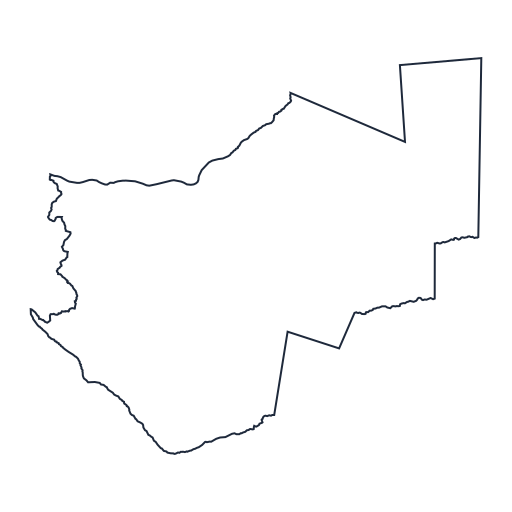 the district of San Carlos, Mendoza, Argentina
{"feature_id": "61730980B94822321270328", "entity_name": "San Carlos", "entity_type": "district", "adm_level": 2, "iso_a3": "ARG", "parent_name": "Argentina", "parent_adm1": "Mendoza", "projection": "albers", "projection_center": [-69.724, -34.081], "detail": "fine", "context": "isolated", "style": "outline", "palette": "slate", "viewbox_px": 512, "rotation_deg": 0, "n_neighbors": 0, "source": "geoboundaries", "source_scale": "gbopen_adm2", "svg_char_len": 5903}
<svg xmlns="http://www.w3.org/2000/svg" viewBox="0 0 512 512"><path d="M481.3,58.1L399.9,65.1L405.0,141.9L290.5,92.9L290.7,93.9L290.1,95.2L290.6,97.2L290.2,98.5L291.1,100.7L290.7,101.6L289.4,102.9L288.3,103.2L287.6,104.4L285.6,105.9L283.7,108.8L283.1,108.8L281.4,109.8L281.5,110.5L280.3,111.5L279.0,111.8L278.1,113.0L277.3,113.1L277.1,114.0L275.7,113.9L275.1,114.2L274.0,115.6L274.2,116.9L273.8,118.5L273.6,120.3L272.0,122.2L270.9,123.2L270.1,123.2L269.0,123.7L266.2,124.2L265.1,125.2L262.8,126.0L260.9,127.9L259.2,128.5L258.0,130.1L256.3,130.8L255.8,131.2L255.5,131.9L253.7,132.6L251.1,134.6L249.7,135.9L248.3,138.2L247.2,139.0L244.0,140.1L241.9,141.6L240.9,142.6L239.3,145.7L237.9,146.9L238.0,147.6L237.7,148.2L235.9,148.8L235.3,150.0L233.8,150.7L232.4,152.5L231.3,153.0L230.1,154.9L228.2,156.2L222.9,158.5L218.3,159.1L212.3,160.6L208.8,162.5L201.7,170.1L199.2,175.3L198.7,176.9L198.4,179.9L197.6,181.9L195.9,183.4L193.7,184.4L190.9,184.8L186.9,184.4L183.9,182.7L181.2,181.6L173.9,180.2L171.6,180.5L156.6,184.2L149.3,185.7L146.5,185.3L142.8,183.7L135.1,181.3L126.0,180.6L122.6,180.7L118.0,181.3L115.3,182.1L113.7,182.9L110.2,182.7L107.2,184.6L105.0,184.5L101.7,183.3L99.1,182.1L96.7,180.5L92.2,179.8L89.3,180.0L82.8,182.1L79.4,182.9L77.2,182.9L69.3,181.6L67.2,180.7L60.7,177.1L57.4,176.2L54.5,175.9L50.3,174.4L50.5,176.0L49.9,176.6L49.8,179.6L50.4,180.0L51.2,179.9L53.4,180.7L53.3,181.2L53.8,182.3L55.1,183.3L56.7,183.9L57.7,186.4L57.6,188.2L58.2,190.5L59.2,190.8L61.1,191.9L61.1,193.0L61.5,194.0L61.2,194.6L60.1,195.7L59.5,195.9L59.1,196.5L56.8,198.7L55.9,201.1L54.0,201.6L52.3,202.8L51.7,204.3L51.7,206.9L51.1,208.0L51.6,209.5L50.9,211.0L49.3,212.5L49.3,214.9L48.0,216.9L48.2,217.5L49.4,219.2L50.1,219.8L51.2,220.0L52.6,221.0L54.0,221.2L54.6,220.8L55.6,218.9L55.7,218.0L56.8,217.2L57.7,216.9L61.8,217.0L61.5,217.7L62.0,219.8L62.5,221.0L64.1,222.7L64.5,224.5L65.3,226.1L65.2,228.7L65.8,229.9L65.8,230.9L70.4,232.2L70.6,233.6L69.6,235.5L66.9,239.0L64.9,240.2L64.0,242.0L63.4,245.1L61.9,246.8L62.9,248.8L63.1,249.9L63.7,250.8L64.7,251.3L67.8,251.9L67.4,253.6L67.3,257.1L66.6,257.5L65.1,259.7L62.5,260.6L60.4,262.3L60.8,263.9L61.5,265.1L61.5,265.9L60.2,266.8L59.7,267.7L57.7,269.0L57.5,270.0L56.8,270.9L57.3,272.1L58.1,272.7L58.1,274.1L60.5,274.3L62.2,276.2L62.3,276.7L64.6,278.1L66.3,279.9L66.9,280.1L67.4,281.2L67.7,281.3L67.1,282.0L67.8,283.0L68.9,283.1L70.0,283.7L71.4,285.5L72.3,285.9L73.4,288.4L75.8,291.2L75.9,291.9L76.4,293.0L76.4,293.9L77.2,295.4L77.2,296.4L76.4,297.5L76.7,298.9L76.1,299.5L76.0,300.8L74.8,301.2L75.0,302.6L75.8,303.6L74.9,307.0L75.0,307.9L74.5,308.2L74.5,308.6L72.1,308.1L70.1,308.8L69.2,309.7L69.0,311.0L68.5,311.5L67.7,311.1L66.9,311.3L65.8,311.1L65.4,311.5L64.8,311.3L64.0,311.6L61.9,311.3L61.1,312.9L60.4,312.9L59.8,313.6L58.6,313.3L58.3,314.2L57.1,314.8L55.2,314.6L53.8,313.8L53.3,314.1L50.6,314.2L49.9,315.6L50.2,320.5L48.8,321.7L47.2,322.7L44.8,321.7L44.4,320.9L43.7,320.6L43.2,320.0L42.7,320.1L40.1,318.8L39.1,318.9L38.6,316.3L37.5,315.6L35.3,312.4L31.6,309.4L30.7,309.2L30.9,314.3L32.8,317.5L33.2,319.1L37.5,325.0L38.9,326.5L39.8,326.7L40.3,327.5L42.1,328.8L42.4,329.5L45.2,331.7L47.5,334.0L48.3,336.2L49.4,337.4L50.3,337.7L51.3,338.8L54.2,339.7L54.7,340.8L55.2,341.3L56.5,341.6L56.6,342.3L58.7,343.2L58.9,344.1L60.5,345.0L61.0,346.1L62.7,347.1L63.0,347.7L65.2,349.5L68.6,351.9L73.0,354.6L75.4,356.6L76.1,356.8L78.0,358.7L78.8,360.5L79.7,361.7L79.8,363.4L80.9,364.6L80.5,365.3L81.5,367.4L81.4,368.5L82.6,370.2L82.4,371.4L82.7,372.3L82.8,375.2L83.1,376.5L83.9,378.4L86.4,380.3L88.1,382.3L94.8,382.0L99.7,382.9L101.0,384.5L103.6,384.9L105.7,386.7L106.9,387.3L107.1,388.0L108.1,389.7L112.8,392.7L114.2,394.6L116.3,395.7L118.3,396.4L119.8,398.8L121.8,400.0L122.2,400.8L124.0,401.8L124.2,403.5L126.0,404.7L126.8,405.5L126.8,406.2L127.8,406.6L128.6,407.5L129.3,409.5L129.2,410.5L130.5,413.7L131.9,415.0L133.7,415.7L135.5,418.9L136.2,419.2L137.6,421.3L140.3,422.5L142.4,423.8L143.1,425.0L143.4,427.5L144.1,428.7L145.0,430.2L146.5,431.0L148.4,434.9L149.7,435.4L151.2,436.7L152.6,437.5L153.9,440.7L155.7,441.9L157.6,444.7L160.8,448.2L161.9,448.5L163.8,450.9L166.5,451.5L167.4,452.6L170.7,453.3L173.4,453.4L174.3,453.9L175.6,453.7L178.0,452.5L179.4,452.8L180.8,451.8L182.3,451.9L182.9,451.7L184.9,452.1L186.8,451.4L187.3,451.7L190.2,450.6L191.1,450.6L193.4,449.2L195.3,448.7L196.7,447.9L198.8,447.2L202.2,444.9L205.0,442.0L205.8,441.8L206.9,442.2L209.7,441.6L211.2,441.7L216.2,438.8L220.1,437.5L225.4,437.1L232.0,433.8L234.5,433.3L236.4,434.2L239.3,434.2L240.8,433.2L241.6,433.3L243.0,432.5L245.3,431.8L246.8,430.3L248.7,430.0L249.6,429.2L250.3,429.0L252.8,429.4L253.7,429.1L253.9,426.7L254.2,425.8L255.6,426.5L256.4,426.6L258.9,425.1L259.5,423.7L262.0,422.8L262.5,422.4L261.6,419.8L261.9,419.3L262.6,418.9L262.8,418.0L263.4,416.8L264.4,416.0L265.4,415.7L267.2,416.1L269.2,415.3L271.0,415.7L272.2,415.0L274.2,415.0L287.6,331.7L339.1,348.4L354.5,312.9L356.3,312.3L357.1,312.8L358.5,313.0L359.3,312.6L360.3,312.8L362.0,314.0L364.9,314.1L365.7,313.7L365.8,312.5L366.2,312.1L368.2,312.1L369.6,310.7L371.0,310.7L372.7,310.0L373.3,308.8L375.6,308.5L377.3,307.7L379.1,307.6L382.1,306.3L385.5,306.3L387.3,307.5L390.3,308.2L392.2,306.3L393.3,306.1L395.7,306.4L396.4,306.1L398.6,306.2L399.8,306.0L400.1,304.3L401.4,303.6L403.6,303.1L404.9,303.3L407.1,301.9L408.0,301.8L409.9,300.9L413.7,301.8L416.2,300.8L417.3,299.5L417.7,298.5L418.8,297.8L420.2,297.9L420.8,298.2L421.9,299.7L423.0,300.1L424.6,299.5L426.6,299.7L430.6,298.0L433.1,299.2L434.7,298.6L434.8,243.5L435.9,243.4L437.2,242.8L439.6,243.5L440.7,243.4L442.5,242.2L443.5,242.0L444.7,242.4L448.6,241.1L451.2,239.4L453.3,239.9L454.0,239.6L454.0,238.9L454.3,238.4L455.0,238.0L455.9,238.0L458.7,239.6L460.1,239.0L461.4,237.5L462.7,237.3L464.3,237.8L467.5,237.1L467.8,236.6L469.3,236.3L470.7,237.0L471.8,237.1L472.5,236.8L474.4,238.0L476.1,237.5L477.1,237.7L478.3,237.1L481.3,58.1Z" fill="none" stroke="#1e293b" stroke-width="2"/></svg>